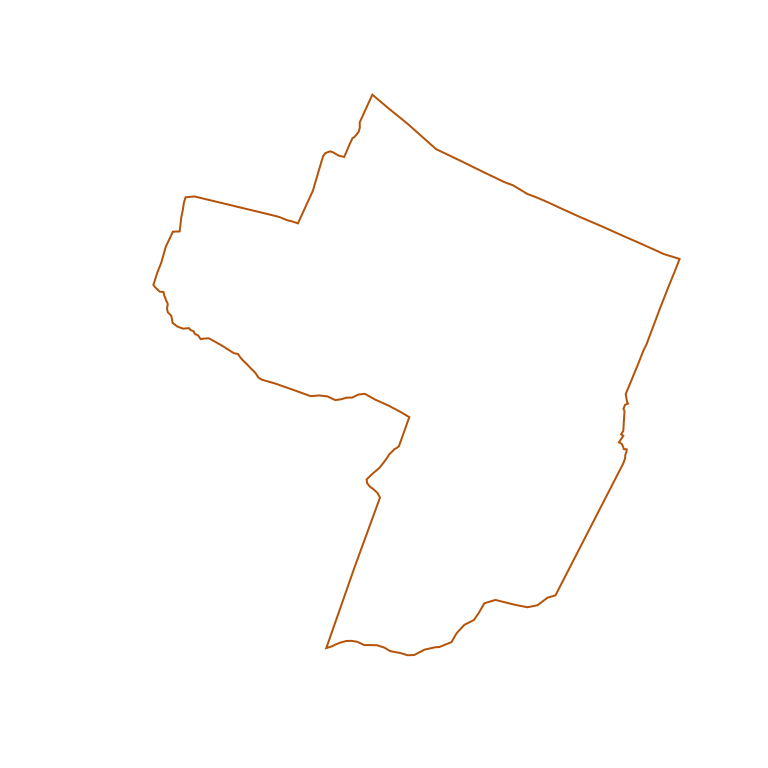 outline of Doun Kaev, Takêv, Cambodia, rotated 110°
{"feature_id": "14789045B36227834850403", "entity_name": "Doun Kaev", "entity_type": "district", "adm_level": 2, "iso_a3": "KHM", "parent_name": "Cambodia", "parent_adm1": "Takêv", "projection": "mercator", "projection_center": [104.801, 10.986], "detail": "fine", "context": "isolated", "style": "outline", "palette": "amber", "viewbox_px": 768, "rotation_deg": 110, "n_neighbors": 0, "source": "geoboundaries", "source_scale": "gbopen_adm2", "svg_char_len": 2350}
<svg xmlns="http://www.w3.org/2000/svg" viewBox="0 0 768 768"><g transform="rotate(110 384 384)"><path d="M524.0,150.6L376.7,132.0L371.7,132.0L367.8,133.0L364.8,133.0L362.4,133.6L363.1,136.4L360.9,138.1L358.9,140.3L358.4,143.3L355.6,142.6L353.3,142.0L350.8,141.4L350.2,144.0L346.3,143.1L343.8,143.8L341.2,144.6L327.3,148.7L325.3,150.5L321.0,150.3L319.0,148.0L317.3,149.7L310.9,153.4L277.2,152.0L264.0,151.7L257.1,150.9L217.4,150.5L194.3,149.9L175.9,149.2L165.4,149.0L166.2,165.6L164.4,188.8L163.1,209.2L161.3,234.5L160.0,257.5L158.5,277.3L157.0,294.7L156.5,305.1L156.4,310.9L156.4,314.4L153.2,330.5L153.1,340.6L151.9,351.8L151.1,361.0L148.3,386.4L146.5,404.8L145.5,415.3L143.5,420.4L131.4,450.9L123.1,475.0L116.1,493.9L137.0,495.6L141.1,495.9L146.6,496.3L151.4,494.4L155.8,494.1L162.0,496.2L163.8,497.7L170.2,498.3L180.6,498.8L184.3,499.2L184.9,504.8L183.7,511.2L183.8,514.2L187.1,518.1L190.5,519.1L195.3,518.9L222.8,517.2L226.2,516.9L262.5,519.8L262.6,525.3L263.2,531.2L262.9,539.6L263.6,546.8L272.6,626.3L276.4,634.3L281.8,634.1L288.6,632.7L296.6,631.5L310.5,628.2L313.1,634.5L319.3,635.0L329.3,636.0L346.3,634.8L356.9,635.1L369.8,634.6L371.5,631.9L372.4,629.8L373.9,626.4L373.0,622.7L376.1,620.7L379.8,617.4L382.7,614.6L387.8,613.5L390.6,611.6L392.6,607.3L395.8,605.3L398.9,603.6L400.7,597.8L400.7,591.7L398.2,586.3L399.5,584.2L399.6,580.8L401.6,579.1L401.9,575.4L404.5,571.7L403.0,568.9L401.0,564.3L401.7,559.5L403.4,549.2L405.4,540.2L406.4,535.4L405.7,531.4L408.3,528.0L410.6,523.5L412.4,519.3L414.7,514.8L417.5,508.8L421.0,504.0L421.7,500.4L420.8,486.7L420.6,471.2L420.5,448.8L416.9,440.9L415.0,432.9L415.8,424.3L412.9,418.9L409.7,414.7L407.7,409.3L402.7,404.5L399.8,398.6L400.5,394.2L401.7,386.6L402.8,371.8L404.6,359.0L406.5,348.9L437.4,348.7L439.8,350.2L441.8,352.0L444.6,353.2L448.3,355.0L453.6,356.2L459.0,357.8L464.5,359.7L472.2,364.1L479.6,367.7L483.0,365.9L485.2,362.3L486.5,357.9L488.7,352.7L492.2,348.9L564.6,349.0L651.9,347.9L648.2,343.1L645.4,340.5L641.8,336.4L638.5,331.7L636.5,326.8L635.4,321.0L636.1,313.1L634.8,309.8L631.9,301.3L631.6,293.4L632.9,287.0L631.2,276.6L630.8,269.1L628.4,263.0L619.8,255.1L613.9,245.9L612.2,242.0L603.5,232.3L593.2,230.5L582.8,226.1L575.0,218.8L566.5,216.6L555.7,214.7L548.8,205.4L546.7,185.5L544.7,172.8L539.4,164.1L528.8,157.2L524.0,150.6Z" fill="none" stroke="#b45309" stroke-width="2"/></g></svg>